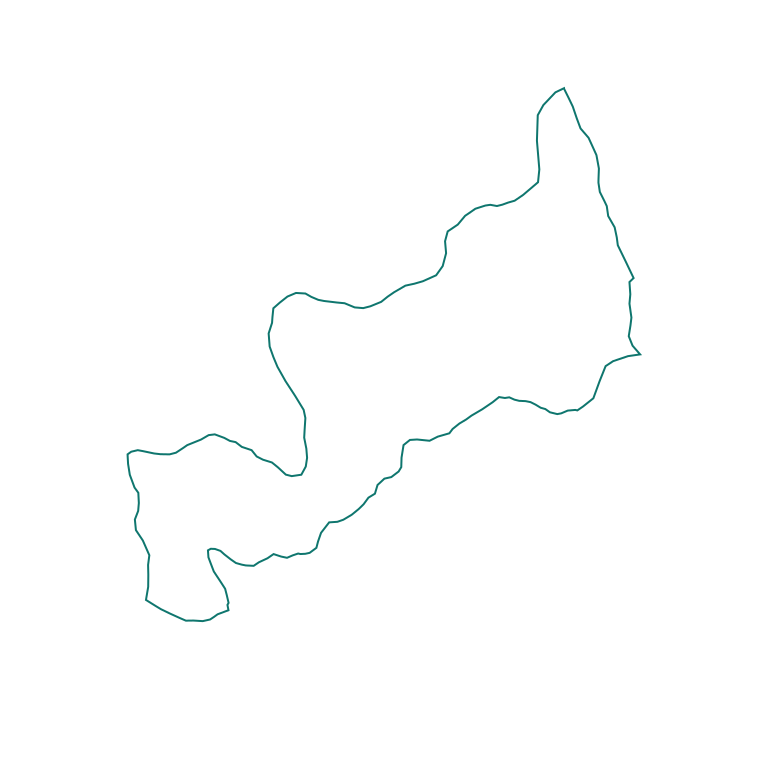 the district of Shamakhi District, Şamaxı, Azerbaijan, rotated 54°
{"feature_id": "54616110B16651088424667", "entity_name": "Shamakhi District", "entity_type": "district", "adm_level": 2, "iso_a3": "AZE", "parent_name": "Azerbaijan", "parent_adm1": "Şamaxı", "projection": "equal_earth", "projection_center": [48.652, 40.629], "detail": "fine", "context": "isolated", "style": "outline", "palette": "teal", "viewbox_px": 768, "rotation_deg": 54, "n_neighbors": 0, "source": "geoboundaries", "source_scale": "gbopen_adm2", "svg_char_len": 2740}
<svg xmlns="http://www.w3.org/2000/svg" viewBox="0 0 768 768"><g transform="rotate(54 384 384)"><path d="M445.0,119.8L427.2,116.5L409.2,113.3L402.2,109.5L392.8,105.3L379.9,103.9L371.0,99.2L365.7,98.2L355.5,96.5L347.2,92.2L344.8,90.4L336.0,83.5L323.7,77.6L316.0,76.0L305.1,73.8L292.8,74.8L282.4,71.9L270.5,68.2L261.2,66.5L251.1,64.8L250.5,64.5L248.8,73.9L252.0,91.1L256.9,101.6L277.1,117.3L301.7,132.2L311.3,140.8L312.8,160.2L312.5,170.6L310.2,176.9L308.5,182.8L306.4,188.0L301.5,192.7L299.2,197.1L295.9,207.1L295.8,213.1L295.6,219.5L298.4,230.6L298.0,242.8L304.4,250.7L314.7,256.9L323.1,267.2L326.7,277.9L323.7,292.2L320.7,300.5L317.0,308.9L315.7,321.7L315.5,329.7L315.9,338.0L313.1,349.4L310.4,356.2L304.8,362.7L295.5,368.4L290.4,374.2L281.6,383.7L277.3,387.7L270.8,391.6L264.6,394.4L258.6,401.7L256.5,410.7L256.9,420.4L257.7,429.0L264.4,435.0L268.7,438.6L275.3,447.6L286.5,454.5L297.4,457.7L307.5,460.1L323.8,462.0L341.6,462.9L357.7,464.2L365.3,467.6L374.1,474.9L380.5,480.1L390.6,484.8L398.5,489.6L404.8,495.8L408.8,504.2L404.3,512.8L399.6,516.7L389.1,518.8L381.6,520.8L374.1,526.4L367.8,529.6L359.7,530.0L351.3,536.0L343.8,538.2L339.5,542.1L333.7,544.9L325.3,550.5L322.3,555.9L321.4,564.7L317.8,579.1L317.7,584.1L317.3,592.7L314.9,598.8L309.4,606.1L305.1,610.8L296.7,618.4L292.8,622.1L290.2,628.3L290.2,632.8L292.3,634.2L298.2,638.0L308.0,643.0L321.2,646.7L327.6,646.7L336.2,652.3L342.2,657.5L347.2,665.2L356.4,670.6L368.9,671.1L384.6,674.5L391.7,681.2L399.8,686.8L409.5,694.0L418.8,703.5L429.9,699.0L435.1,696.8L443.7,692.2L452.7,687.1L459.0,683.4L463.3,677.3L469.3,670.0L472.3,663.1L472.5,658.3L472.5,654.0L475.6,642.8L470.7,640.5L469.7,638.4L462.4,635.3L456.3,632.9L447.4,632.4L435.7,631.9L427.5,629.7L421.0,627.9L415.1,624.2L415.5,621.0L418.1,617.7L422.9,614.4L428.0,613.3L435.7,611.1L441.8,609.0L446.6,605.2L449.6,602.4L454.5,596.3L454.7,590.0L456.5,580.7L456.7,573.3L463.2,568.6L467.6,564.6L469.0,558.5L470.7,553.1L472.4,551.6L475.1,547.5L476.9,543.4L476.8,535.0L472.7,530.0L467.4,522.4L463.7,509.7L468.1,502.7L469.9,496.7L470.8,487.0L470.3,478.1L469.3,471.2L466.8,463.4L467.4,455.8L461.9,448.6L460.8,439.3L463.6,432.8L463.4,423.6L461.4,418.9L453.9,413.1L444.9,404.1L444.5,395.9L448.3,389.9L456.7,380.5L458.2,371.4L462.3,360.1L460.7,354.9L460.3,346.2L461.0,338.4L461.0,331.8L462.2,319.4L462.6,306.8L462.2,298.6L466.4,294.4L468.4,290.5L473.3,287.7L477.1,284.5L481.1,279.5L484.8,276.1L489.8,273.5L495.3,271.2L499.1,268.2L504.4,266.4L510.2,261.5L511.9,257.9L513.5,251.0L517.4,244.5L519.0,243.1L519.2,236.2L518.6,223.0L508.5,208.0L499.8,194.2L500.2,185.2L504.9,170.2L510.6,159.4L499.1,160.4L489.2,157.9L481.4,150.1L475.7,144.8L463.3,138.2L456.2,132.0L445.8,125.5L445.0,119.8Z" fill="none" stroke="#0f766e" stroke-width="2"/></g></svg>